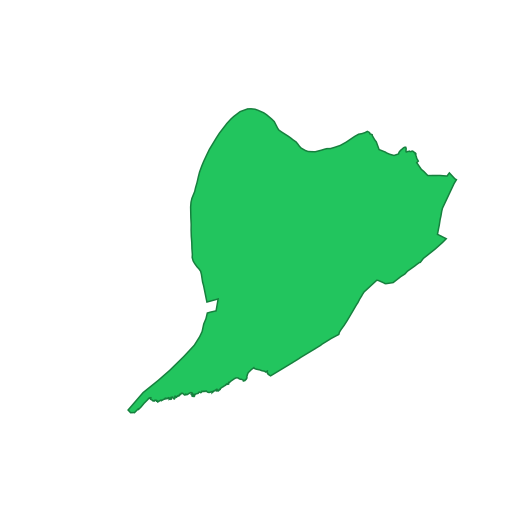 the district of Tabores pag., Daugavpils, Latvia, rotated 317°
{"feature_id": "27541924B89524282824071", "entity_name": "Tabores pag.", "entity_type": "district", "adm_level": 2, "iso_a3": "LVA", "parent_name": "Latvia", "parent_adm1": "Daugavpils", "projection": "equal_earth", "projection_center": [26.623, 55.872], "detail": "fine", "context": "isolated", "style": "filled", "palette": "green", "viewbox_px": 512, "rotation_deg": 317, "n_neighbors": 0, "source": "geoboundaries", "source_scale": "gbopen_adm2", "svg_char_len": 5805}
<svg xmlns="http://www.w3.org/2000/svg" viewBox="0 0 512 512"><g transform="rotate(317 256 256)"><path d="M184.9,353.6L205.4,357.9L218.3,360.5L218.4,360.4L238.0,364.5L242.5,365.4L244.2,365.5L254.8,367.6L263.1,369.8L265.1,368.6L268.0,367.8L273.2,366.8L278.7,365.4L289.9,362.1L295.8,360.3L298.7,359.6L300.9,358.8L302.5,358.2L306.3,357.2L307.3,356.8L310.5,356.0L327.9,356.1L328.9,357.6L331.0,362.5L331.6,364.3L332.2,364.9L338.2,369.0L347.8,369.8L352.7,370.7L356.4,370.4L365.3,371.6L367.9,371.8L371.1,372.2L371.8,372.7L376.8,371.9L391.7,373.1L402.3,373.3L406.9,373.1L403.5,363.9L408.0,360.6L410.7,358.7L415.4,355.0L418.6,352.8L422.4,349.9L425.0,348.2L450.3,338.1L454.6,336.9L454.1,335.2L454.1,327.1L450.2,327.8L445.5,322.6L436.5,314.3L436.4,308.6L436.0,305.4L437.2,297.3L439.4,297.3L440.1,294.3L441.1,292.5L441.8,290.7L441.9,290.8L442.1,290.8L442.7,290.2L442.8,289.2L442.5,288.8L442.4,288.8L442.3,288.7L442.3,288.3L442.5,288.2L442.2,286.4L442.0,286.0L441.7,285.7L441.4,285.7L441.2,285.5L440.4,285.3L439.7,284.3L439.7,283.9L439.2,283.7L438.2,283.0L437.1,282.7L436.8,282.1L437.0,281.8L439.1,279.8L439.7,278.6L439.1,278.0L438.5,277.7L437.6,277.5L435.9,277.4L435.4,277.5L434.3,277.3L432.1,277.5L431.1,277.8L430.0,278.5L429.7,278.5L425.5,276.6L423.2,272.8L422.0,270.1L421.6,269.1L421.6,268.5L418.6,262.1L421.8,254.6L422.1,251.7L423.1,247.4L423.7,246.5L422.6,244.1L423.1,243.6L423.1,242.8L422.4,240.8L419.9,240.1L417.0,238.8L414.1,236.9L409.5,235.8L399.4,234.2L393.0,232.6L387.5,230.1L383.7,228.2L381.2,225.9L378.9,224.6L375.8,223.1L370.3,220.1L367.8,217.6L365.3,215.0L364.0,212.4L362.6,207.8L362.6,205.1L362.9,202.9L363.1,199.9L362.3,196.3L361.9,193.5L361.3,190.5L359.3,182.8L358.6,179.4L359.0,177.2L360.0,173.7L361.0,170.2L360.9,166.9L360.1,160.0L359.3,156.5L356.8,150.7L355.4,148.0L352.8,145.0L350.2,142.7L342.9,139.6L335.1,138.8L331.6,138.7L325.1,139.2L313.1,141.2L307.9,142.5L294.7,146.2L288.8,148.5L282.1,151.2L277.7,153.2L272.0,156.1L267.8,158.8L263.1,162.0L258.4,164.8L255.2,167.0L248.5,170.1L245.2,172.3L241.6,175.6L234.6,183.4L230.2,188.6L226.2,192.8L222.0,197.6L218.1,202.5L214.1,207.0L210.5,211.5L208.3,213.6L206.7,216.7L206.0,219.8L205.5,223.7L205.5,226.5L205.1,229.4L203.5,232.3L199.2,238.6L197.3,242.2L190.9,252.6L188.7,256.2L199.0,261.6L189.4,268.9L184.3,265.9L181.5,264.5L176.7,267.7L171.4,270.1L165.1,274.5L159.8,276.6L150.0,279.2L134.7,280.3L115.0,280.8L99.5,280.3L80.3,278.9L57.4,281.4L57.4,285.1L60.0,287.3L60.2,287.7L60.4,287.7L65.6,287.5L65.5,288.1L69.0,288.0L73.5,287.4L78.8,287.2L79.1,287.1L79.9,287.0L80.7,287.0L80.6,287.3L81.1,287.4L81.3,287.3L81.7,287.4L81.7,287.6L81.9,287.8L82.4,287.8L82.5,287.9L81.2,289.0L81.8,290.5L81.7,290.8L81.8,291.4L81.8,291.6L82.4,292.0L82.2,292.2L82.3,292.3L82.7,292.4L83.1,292.7L83.1,292.8L83.9,292.6L84.2,293.1L84.7,293.5L84.9,294.0L84.5,294.2L84.5,294.3L84.3,294.5L85.0,295.3L84.9,295.7L84.8,295.8L85.9,296.1L86.7,296.0L87.3,296.4L87.7,296.3L88.2,296.6L88.2,296.8L88.0,297.0L88.1,297.3L88.8,297.2L89.2,297.4L89.3,297.6L89.7,297.6L90.0,297.8L90.4,297.7L90.5,297.8L91.2,298.1L91.4,298.3L92.0,298.1L92.1,298.6L92.4,298.6L92.9,298.5L92.9,298.9L93.3,298.8L93.4,299.4L93.9,299.6L94.1,300.0L94.5,300.3L95.1,300.2L95.1,299.8L95.3,299.8L95.6,300.2L95.4,300.4L95.6,300.5L95.4,300.9L96.1,301.5L95.1,301.8L95.5,302.0L96.3,302.1L96.5,302.4L96.2,302.8L96.4,302.9L96.6,302.9L97.1,302.3L97.2,302.1L97.3,301.5L97.5,301.4L97.7,301.5L98.0,301.9L97.8,302.1L98.5,302.3L98.3,302.5L98.4,303.0L98.6,303.3L98.7,303.7L98.6,304.4L98.6,304.7L98.8,304.9L99.7,304.7L100.0,304.4L100.4,303.8L100.9,303.4L101.2,303.3L101.7,304.2L101.7,304.4L101.3,304.8L101.5,305.1L102.1,304.8L102.7,305.1L103.4,304.8L103.7,305.0L103.7,305.5L103.8,305.6L104.4,305.5L104.7,305.8L105.0,305.6L105.2,305.3L105.3,305.2L106.0,305.2L106.1,305.4L106.1,305.8L106.3,305.9L106.7,305.8L107.0,305.5L107.8,305.5L108.0,305.6L108.1,306.1L108.5,306.1L108.8,306.6L108.9,308.7L109.0,309.0L109.8,309.5L110.0,309.1L110.4,309.0L110.6,309.2L110.7,309.9L110.9,310.3L111.3,310.5L113.1,310.8L114.9,311.2L115.1,311.4L114.9,311.9L115.0,312.0L115.5,312.0L115.8,312.1L115.9,312.5L115.5,312.9L115.9,313.1L115.9,313.4L115.8,313.8L115.4,314.0L114.8,313.9L114.2,313.5L114.2,313.8L114.4,314.5L113.8,314.8L113.7,314.9L114.0,315.5L114.9,315.7L115.1,315.9L114.8,316.3L114.8,316.5L115.5,316.5L116.0,316.2L116.0,315.9L115.3,315.9L115.4,315.7L115.6,315.7L115.7,315.2L116.0,315.2L116.2,315.5L117.0,315.4L117.1,315.5L116.8,315.7L118.0,315.9L120.0,317.0L121.4,316.7L121.9,317.0L122.2,318.0L122.4,318.3L122.6,318.4L123.8,318.4L124.2,318.2L124.2,318.5L125.1,318.9L125.1,319.2L125.3,319.4L125.7,319.4L125.8,319.7L126.1,320.1L126.3,319.9L126.8,320.4L127.5,320.6L127.6,321.3L127.6,322.0L127.8,322.6L128.3,323.5L129.0,324.1L131.2,325.1L131.5,325.5L131.1,325.8L132.5,325.7L132.5,325.8L132.0,326.1L134.5,326.3L135.0,326.4L134.6,326.6L135.8,326.6L136.6,327.1L136.2,327.9L136.1,328.0L135.9,328.0L135.5,327.6L135.3,327.6L135.1,327.7L136.3,328.8L136.7,328.5L137.1,328.6L136.9,329.0L137.0,329.0L138.2,329.0L138.8,329.2L139.1,329.0L139.1,328.7L139.9,328.7L141.9,328.9L143.2,329.3L144.0,329.3L145.4,329.7L146.1,329.6L146.5,329.8L147.0,329.5L147.4,329.6L148.0,330.1L147.8,330.5L148.6,331.0L149.0,330.9L149.2,330.3L149.4,330.1L149.9,329.8L150.5,330.3L150.9,330.4L152.5,330.4L156.4,331.0L157.7,331.3L158.6,331.8L159.6,332.8L159.9,333.5L159.9,334.2L160.3,335.1L160.6,335.6L161.3,336.3L161.5,336.7L161.8,337.8L162.2,338.5L161.7,338.9L161.9,339.0L162.0,339.1L162.3,339.2L162.8,339.5L163.1,339.6L164.0,339.2L164.3,339.2L164.5,339.5L165.0,339.4L165.5,339.3L166.3,338.9L167.2,337.8L168.2,337.3L168.9,336.8L170.8,336.0L175.1,335.9L178.3,336.2L178.1,337.1L178.9,338.8L180.6,341.2L180.8,341.3L182.0,343.8L183.8,346.3L183.8,347.3L185.7,347.9L184.6,348.8L184.4,349.8L184.6,350.0L184.3,350.3L184.2,350.8L184.9,353.6Z" fill="#22c55e" stroke="#15803d" stroke-width="1.5"/></g></svg>